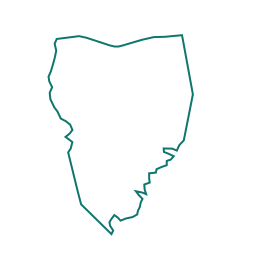 the district of Terezinha, Pernambuco, Brazil, rotated 79°
{"feature_id": "56859067B64168631731384", "entity_name": "Terezinha", "entity_type": "district", "adm_level": 2, "iso_a3": "BRA", "parent_name": "Brazil", "parent_adm1": "Pernambuco", "projection": "robinson", "projection_center": [-36.613, -9.073], "detail": "fine", "context": "isolated", "style": "outline", "palette": "teal", "viewbox_px": 256, "rotation_deg": 79, "n_neighbors": 0, "source": "geoboundaries", "source_scale": "gbopen_adm2", "svg_char_len": 1047}
<svg xmlns="http://www.w3.org/2000/svg" viewBox="0 0 256 256"><g transform="rotate(79 128 128)"><path d="M229.0,164.5L225.9,162.1L220.6,164.2L216.9,164.2L213.8,161.3L210.9,158.0L214.0,155.1L217.5,153.0L216.4,147.1L216.3,140.4L214.6,135.5L211.1,134.0L208.1,131.7L203.2,129.5L200.3,127.3L196.3,130.0L191.6,132.3L194.2,126.1L196.4,122.8L191.6,123.4L186.6,122.8L185.7,117.1L181.9,116.9L176.5,115.9L177.1,109.2L173.9,107.8L172.7,102.5L171.9,97.1L167.7,96.2L167.2,92.1L164.4,88.5L160.8,93.4L158.4,97.3L154.9,96.9L156.7,88.5L159.5,84.4L154.6,80.9L150.8,75.6L107.4,57.9L52.8,57.3L47.2,57.3L45.5,74.5L43.7,85.2L44.1,97.8L44.8,105.2L46.0,117.5L46.2,121.7L45.5,125.5L43.5,130.0L31.4,151.7L28.5,158.5L27.0,181.0L31.2,183.9L38.5,183.7L45.3,186.6L51.0,189.4L57.7,192.9L62.5,196.2L67.0,196.4L73.5,194.7L78.4,198.1L85.0,198.7L93.6,196.4L98.4,194.1L102.2,193.1L105.9,192.2L109.4,187.8L113.6,184.2L119.3,182.9L122.4,186.4L124.8,191.0L131.2,185.3L137.3,188.2L140.5,191.4L179.5,189.5L194.0,188.6L229.0,164.5Z" fill="none" stroke="#0f766e" stroke-width="2"/></g></svg>